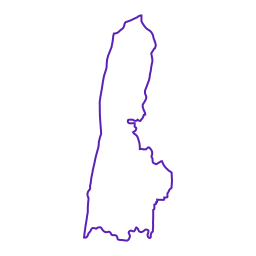 the district of Angk Snuol, Kândal, Cambodia
{"feature_id": "14789045B83714084538428", "entity_name": "Angk Snuol", "entity_type": "district", "adm_level": 2, "iso_a3": "KHM", "parent_name": "Cambodia", "parent_adm1": "Kândal", "projection": "natural_earth1", "projection_center": [104.717, 11.567], "detail": "fine", "context": "isolated", "style": "outline", "palette": "violet", "viewbox_px": 256, "rotation_deg": 0, "n_neighbors": 0, "source": "geoboundaries", "source_scale": "gbopen_adm2", "svg_char_len": 4618}
<svg xmlns="http://www.w3.org/2000/svg" viewBox="0 0 256 256"><path d="M101.1,134.1L100.0,137.2L98.9,141.8L98.7,144.6L98.4,147.4L98.2,147.9L96.9,152.5L95.4,158.3L94.4,163.4L93.1,168.9L92.2,173.6L91.3,178.1L90.9,181.1L90.8,182.2L90.6,183.4L90.3,184.9L90.0,186.4L90.2,187.7L89.9,189.4L89.4,189.7L88.9,190.4L88.0,191.8L87.4,194.0L87.5,194.8L87.7,196.0L87.9,196.9L88.5,197.7L88.5,199.1L88.2,202.0L88.0,204.6L87.8,207.8L87.8,211.1L87.7,212.7L87.1,216.0L86.6,219.7L86.2,222.2L85.5,226.1L85.0,230.0L84.6,232.4L84.3,235.8L84.0,237.5L84.8,237.6L85.4,237.5L86.1,237.5L86.7,237.1L87.5,235.9L87.9,235.2L88.2,234.4L88.4,233.5L89.1,232.8L89.5,232.3L90.3,231.2L90.8,230.4L91.2,229.5L91.7,228.7L92.4,228.2L93.3,228.0L94.4,228.1L95.2,228.4L95.9,228.7L96.6,228.6L97.0,228.0L97.8,227.6L98.7,227.4L99.7,227.3L100.5,227.3L101.2,227.8L101.6,228.4L102.1,229.2L102.8,230.2L103.9,231.3L104.7,231.8L106.0,232.2L107.0,232.1L108.1,231.9L109.2,231.7L109.9,232.2L110.4,232.6L110.7,233.1L111.3,234.4L112.1,235.0L113.0,235.2L114.1,235.1L115.1,235.2L115.8,235.4L116.4,235.8L116.9,236.4L117.1,236.9L117.3,237.7L117.5,238.5L117.8,239.3L118.4,239.6L119.1,239.8L120.5,240.0L121.6,240.0L122.9,240.1L124.0,240.3L125.3,240.5L126.2,240.6L127.5,240.4L128.5,239.7L129.3,238.3L129.9,236.5L129.9,235.8L129.5,234.5L128.9,233.5L128.7,232.4L129.0,231.7L129.6,231.1L130.7,230.6L131.8,230.8L132.4,231.1L133.2,231.4L134.2,231.2L135.2,229.8L135.8,228.1L136.3,227.5L136.9,227.8L137.4,228.3L138.1,229.2L138.6,230.6L139.4,231.6L140.6,232.0L141.5,232.1L142.9,231.5L144.2,230.6L145.3,229.7L145.8,229.5L146.7,229.6L148.0,230.1L148.5,230.9L148.4,231.9L148.2,232.9L147.8,233.9L147.5,234.7L147.7,236.0L148.2,237.1L149.1,237.9L150.2,237.9L150.8,236.9L150.7,235.6L151.0,233.8L151.6,232.5L152.5,231.8L152.8,231.5L152.9,230.2L152.9,229.3L153.1,226.9L153.1,224.6L153.0,222.8L153.1,220.8L153.2,218.8L153.2,216.5L153.2,214.3L153.2,212.6L153.2,209.9L154.3,209.0L154.4,207.0L154.3,204.6L156.0,203.9L156.1,203.2L156.1,202.2L157.0,202.1L157.2,200.9L157.1,199.6L157.6,199.6L158.5,199.8L160.4,199.8L162.7,199.9L163.9,199.8L164.1,199.3L164.3,198.2L164.3,197.5L165.5,197.6L167.3,197.2L167.5,196.6L167.4,195.3L167.4,194.3L167.4,193.7L167.6,193.2L168.1,192.5L168.7,191.4L169.2,190.2L169.9,189.2L170.5,188.7L171.1,188.3L171.6,187.7L171.6,186.1L171.8,184.1L171.9,182.2L172.0,180.3L171.8,177.9L171.8,176.3L171.7,174.6L171.6,172.5L171.1,172.2L169.9,171.3L168.8,170.7L167.1,169.0L166.0,168.0L164.5,166.2L163.4,164.5L162.6,162.7L162.0,161.2L161.0,161.3L159.5,162.3L157.9,163.2L156.3,164.2L155.1,163.7L153.9,163.3L153.3,162.8L152.8,162.2L152.6,161.0L152.6,160.0L152.4,158.5L152.1,157.7L151.7,157.2L151.5,156.2L152.2,154.4L152.1,151.8L151.4,150.1L150.2,148.5L149.2,147.5L148.2,147.4L147.2,148.3L145.7,149.4L144.5,149.3L143.1,149.3L141.8,148.9L140.6,149.0L139.8,149.1L139.8,147.5L139.7,145.1L139.4,143.1L139.0,141.7L138.5,139.8L137.8,137.8L137.2,136.3L136.0,135.0L135.0,134.2L134.1,133.6L133.1,132.2L135.3,130.8L135.9,129.9L136.3,128.3L136.0,127.6L135.2,127.2L134.6,126.6L134.7,124.5L134.7,123.2L133.2,123.2L131.5,123.3L130.0,123.3L128.9,123.1L128.2,122.5L127.8,121.5L128.0,120.2L129.0,119.7L130.6,119.7L131.9,119.7L133.0,119.8L134.0,120.6L135.6,120.9L136.1,120.8L136.8,120.6L137.6,119.7L138.4,120.3L139.4,120.8L140.2,121.0L140.6,120.6L141.1,119.8L141.5,119.3L141.9,118.9L142.4,118.3L142.9,117.4L143.3,116.5L143.6,115.5L143.8,114.9L144.5,114.8L145.2,114.6L144.9,112.8L144.6,111.9L144.1,110.8L143.7,110.0L143.4,109.1L143.1,108.2L142.8,107.2L142.7,106.5L142.7,105.0L143.3,103.6L144.2,102.4L144.8,101.3L145.1,100.8L145.6,99.8L146.0,99.0L146.2,98.2L146.3,96.8L146.0,95.8L145.7,95.2L145.0,93.3L145.0,92.2L145.0,91.3L145.2,90.0L146.2,87.8L147.3,84.6L148.1,82.6L148.8,80.7L149.1,79.7L149.5,78.0L149.8,75.9L150.0,73.9L150.7,71.3L150.8,70.4L151.4,66.1L151.7,64.7L152.4,61.3L152.3,59.0L152.0,57.4L151.7,55.8L151.5,54.6L151.3,53.3L154.2,48.6L154.8,48.5L155.5,46.6L155.8,45.2L155.6,44.2L155.3,43.0L155.1,42.4L154.9,41.4L154.5,41.0L154.2,39.6L153.7,38.6L152.9,35.0L151.4,32.3L149.7,30.6L147.7,29.4L146.1,28.2L144.7,26.5L143.4,24.7L142.3,22.9L141.6,21.6L141.4,20.7L141.5,15.5L140.6,15.4L139.2,15.9L136.8,17.5L134.5,18.5L132.2,19.7L130.6,20.4L127.4,21.6L126.1,21.9L125.0,22.8L124.5,24.2L124.1,26.1L123.2,28.0L121.5,29.5L121.0,29.6L120.4,30.2L119.6,31.0L117.9,32.5L116.0,33.3L114.5,33.5L113.9,33.5L113.3,35.8L112.9,39.2L112.6,41.6L111.5,47.2L108.1,55.8L107.1,59.6L106.7,63.7L106.6,67.1L106.5,67.8L105.9,70.0L104.1,75.6L103.6,78.0L102.9,81.8L102.0,87.8L100.5,96.3L99.9,100.5L99.9,101.0L99.7,102.1L99.8,110.0L99.9,115.8L100.4,122.9L100.8,128.3L101.1,132.8L101.1,134.1Z" fill="none" stroke="#5b21b6" stroke-width="2"/></svg>